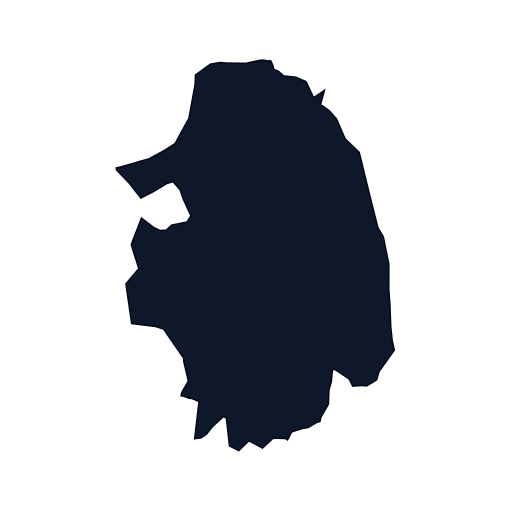 the district of Igbo-Eze North, Enugu, Nigeria, rotated 14°
{"feature_id": "59680162B31217574251855", "entity_name": "Igbo-Eze North", "entity_type": "district", "adm_level": 2, "iso_a3": "NGA", "parent_name": "Nigeria", "parent_adm1": "Enugu", "projection": "equal_earth", "projection_center": [7.451, 7.008], "detail": "fine", "context": "isolated", "style": "filled", "palette": "ink", "viewbox_px": 512, "rotation_deg": 14, "n_neighbors": 0, "source": "geoboundaries", "source_scale": "gbopen_adm2", "svg_char_len": 1630}
<svg xmlns="http://www.w3.org/2000/svg" viewBox="0 0 512 512"><g transform="rotate(14 256 256)"><path d="M413.0,313.9L408.7,305.3L403.9,292.2L402.3,286.6L399.5,277.1L397.8,271.0L392.9,256.3L386.9,231.8L384.3,226.4L374.9,206.6L367.5,199.1L359.4,184.1L351.7,169.7L332.8,133.7L331.1,130.5L314.1,120.7L301.0,103.6L291.7,97.1L282.0,93.5L282.3,78.8L273.6,88.5L267.9,81.4L267.0,80.4L262.3,74.7L251.2,72.9L239.2,74.6L233.3,71.4L229.2,70.8L228.6,70.7L227.5,69.7L226.8,67.8L224.5,64.8L223.0,63.0L219.7,64.0L218.0,63.9L214.1,64.5L211.7,65.5L199.6,71.5L184.6,75.0L180.5,76.0L174.8,76.8L168.7,79.4L165.3,80.9L153.5,95.0L155.4,104.3L156.2,116.7L156.2,116.8L156.9,127.6L157.6,138.6L152.2,159.1L150.3,166.4L141.9,175.4L128.5,187.7L122.8,190.9L103.0,202.4L100.7,203.5L99.0,204.4L100.0,206.3L115.8,216.3L130.3,227.7L141.0,218.2L151.8,207.4L157.4,203.9L166.4,210.2L171.4,218.0L183.1,232.8L180.9,239.7L166.8,246.3L162.5,252.8L156.7,254.4L149.9,253.1L135.7,246.9L132.2,275.1L145.3,296.6L136.5,314.5L151.7,351.6L175.6,348.7L183.9,349.2L189.0,353.7L210.8,372.9L211.3,375.5L220.6,393.7L217.9,403.1L217.0,406.8L217.1,409.7L222.1,409.7L224.8,410.2L228.0,409.8L230.3,410.1L235.9,411.0L240.7,448.1L246.6,445.8L251.2,440.7L254.9,432.3L263.4,419.5L266.5,420.5L276.2,446.7L286.4,449.0L293.8,437.0L304.1,439.6L308.8,440.8L316.4,429.0L320.2,427.8L328.7,426.0L331.1,426.8L333.1,418.1L343.1,411.9L348.0,409.9L355.2,402.8L358.1,401.1L357.9,397.2L362.1,382.2L359.2,368.3L359.5,359.9L357.9,349.3L358.6,346.5L376.0,352.7L381.4,358.9L389.5,356.2L394.9,355.2L399.9,350.2L403.0,346.9L403.4,338.1L413.0,313.9Z" fill="#0f172a" stroke="#020617" stroke-width="1.5"/></g></svg>